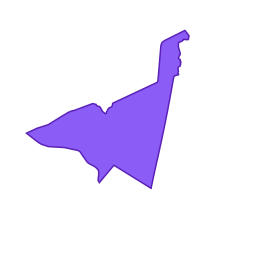 the border of Adrar, rotated 245°
{"feature_id": "DZA-2143", "entity_name": "Adrar", "entity_type": "Province", "adm_level": 1, "iso_a3": "DZA", "parent_name": "Algeria", "parent_adm1": "", "projection": "albers", "projection_center": [0.561, 25.317], "detail": "fine", "context": "isolated", "style": "filled", "palette": "violet", "viewbox_px": 256, "rotation_deg": 245, "n_neighbors": 0, "source": "natural_earth", "source_scale": "10m", "svg_char_len": 3265}
<svg xmlns="http://www.w3.org/2000/svg" viewBox="0 0 256 256"><g transform="rotate(245 128 128)"><path d="M74.5,131.6L72.3,129.9L70.0,128.2L67.7,126.5L65.5,124.8L63.9,123.7L63.6,123.5L63.8,123.3L100.2,99.5L90.6,78.9L93.2,78.8L95.5,80.0L96.8,81.0L100.0,82.7L102.7,83.3L106.0,82.1L107.8,81.0L112.0,77.8L113.6,76.9L115.1,76.4L127.1,74.4L128.8,73.1L137.1,62.2L144.8,48.0L149.3,43.2L150.5,42.2L152.9,40.6L166.2,33.8L166.2,45.6L164.7,57.0L166.6,72.7L167.4,80.8L167.3,83.8L166.6,87.0L165.1,105.9L165.0,106.3L164.9,106.6L164.6,107.0L164.1,107.6L163.7,108.0L162.8,108.9L162.8,109.0L162.7,109.0L161.3,109.2L161.1,109.3L160.9,109.4L160.1,110.6L159.8,111.0L159.5,111.1L159.2,111.3L158.1,111.7L157.9,111.7L156.1,111.7L155.5,111.9L155.3,111.9L154.6,111.8L153.6,111.9L153.4,112.0L152.5,112.6L151.5,113.0L150.9,113.3L150.5,113.7L150.4,114.1L150.4,114.3L150.6,114.5L151.7,115.5L153.8,118.4L153.9,118.7L154.1,119.0L154.1,119.3L154.2,119.6L154.2,120.4L154.0,121.9L154.1,122.3L154.3,122.6L156.6,124.4L156.8,124.5L156.9,124.9L157.0,173.7L157.3,174.1L158.0,175.0L188.7,192.6L190.2,193.9L191.3,195.4L191.8,198.7L192.4,220.8L191.4,221.1L189.0,221.6L187.5,221.9L186.4,222.2L186.0,222.2L185.8,222.2L185.6,222.2L185.3,222.0L184.5,221.2L183.8,220.9L183.5,220.7L183.2,220.5L183.0,220.3L182.7,219.9L182.7,219.7L182.8,219.4L183.0,219.1L183.1,218.8L183.2,218.7L183.4,218.5L183.7,218.2L183.7,217.9L183.8,217.4L183.9,217.1L184.2,216.9L184.5,216.7L184.8,216.1L184.8,215.8L184.6,215.6L184.5,215.4L184.3,215.1L184.4,214.7L184.4,214.4L184.2,214.3L183.9,213.7L183.9,213.1L184.1,210.1L184.0,209.9L183.8,209.8L183.6,209.6L183.1,209.5L182.9,209.4L182.1,208.8L180.3,208.0L176.4,207.3L175.7,207.3L174.4,207.0L174.2,207.0L173.9,207.0L173.4,206.7L173.2,206.6L172.8,206.5L172.6,206.4L172.4,206.3L171.9,205.2L171.4,204.6L170.9,204.1L170.0,203.4L169.8,203.2L169.5,203.2L169.2,203.2L168.9,203.4L168.3,204.0L168.0,204.2L167.8,204.1L166.9,203.8L166.7,203.8L166.6,203.7L166.4,203.6L166.2,203.6L165.9,203.8L165.5,203.9L165.4,203.7L165.2,203.1L164.9,203.0L164.7,203.0L164.2,203.0L163.9,202.9L162.2,201.5L162.1,201.3L162.1,200.2L162.0,199.6L161.7,199.2L160.8,198.5L160.2,198.2L159.7,198.2L159.2,197.9L158.7,197.8L158.1,197.6L157.8,197.5L157.6,197.2L157.3,196.7L157.1,196.5L156.8,196.4L156.5,196.4L155.9,196.6L155.6,196.6L155.3,196.5L155.1,196.5L155.0,196.3L155.0,195.9L155.0,195.6L155.3,194.3L155.5,192.6L155.4,192.3L155.2,191.4L155.0,191.1L153.4,189.9L152.2,189.1L151.0,188.2L149.8,187.4L148.6,186.6L147.4,185.7L146.2,184.9L145.0,184.0L143.8,183.2L142.6,182.3L141.4,181.5L140.2,180.6L139.2,179.9L137.8,178.9L136.6,178.1L135.4,177.2L134.2,176.4L133.0,175.5L131.9,174.7L130.7,173.8L129.5,173.0L128.3,172.1L127.1,171.3L125.9,170.4L124.8,169.6L123.6,168.7L122.4,167.8L121.2,167.0L120.1,166.1L118.9,165.3L117.7,164.4L116.5,163.5L115.4,162.7L114.2,161.8L113.0,160.9L111.9,160.1L110.7,159.2L109.5,158.3L108.4,157.5L107.2,156.6L106.1,155.7L104.9,154.9L103.7,154.0L102.6,153.1L101.4,152.2L100.3,151.4L99.1,150.5L98.0,149.6L96.8,148.7L95.7,147.9L94.7,147.1L93.6,146.3L92.6,145.5L91.5,144.7L90.5,143.9L89.4,143.1L88.4,142.3L87.3,141.5L86.3,140.6L85.2,139.8L84.2,139.0L83.1,138.2L82.1,137.4L81.0,136.6L80.0,135.8L78.5,134.6L77.5,133.9L76.5,133.1L75.5,132.4L74.5,131.6Z" fill="#8b5cf6" stroke="#5b21b6" stroke-width="1.5"/></g></svg>